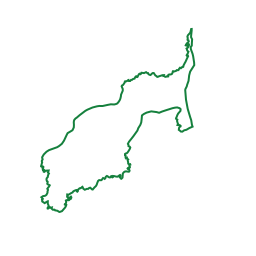 outline of District #1, Grand Bassa, Liberia, rotated 228°
{"feature_id": "62588387B32884824633153", "entity_name": "District #1", "entity_type": "district", "adm_level": 2, "iso_a3": "LBR", "parent_name": "Liberia", "parent_adm1": "Grand Bassa", "projection": "equal_earth", "projection_center": [-10.179, 6.235], "detail": "fine", "context": "isolated", "style": "outline", "palette": "green", "viewbox_px": 256, "rotation_deg": 228, "n_neighbors": 0, "source": "geoboundaries", "source_scale": "gbopen_adm2", "svg_char_len": 5853}
<svg xmlns="http://www.w3.org/2000/svg" viewBox="0 0 256 256"><g transform="rotate(228 128 128)"><path d="M159.3,241.2L157.2,238.1L156.8,234.5L156.1,233.2L154.8,232.6L154.0,231.5L153.5,231.2L152.7,231.6L151.7,231.1L151.5,230.1L151.5,228.5L151.1,226.8L150.8,226.2L149.2,227.1L149.0,227.6L149.7,228.8L149.6,229.2L149.1,229.1L148.4,228.2L147.8,226.8L147.7,225.5L147.9,225.2L147.9,224.7L147.2,224.6L146.8,224.2L145.9,223.9L145.2,223.8L144.3,224.0L143.4,222.2L142.8,220.2L142.3,220.1L141.6,220.9L141.1,220.7L140.7,219.6L139.9,217.7L138.7,215.0L138.3,213.7L137.4,211.3L136.5,210.0L136.6,209.5L137.0,209.4L137.1,208.8L137.0,207.3L137.2,207.1L137.8,207.1L138.0,207.0L137.8,205.6L137.3,204.4L137.5,203.7L137.9,203.5L138.4,202.9L138.3,201.9L139.3,199.7L139.8,199.7L140.1,199.5L139.8,198.7L139.3,198.1L138.8,197.0L139.1,195.7L140.1,194.6L140.5,193.7L140.3,193.1L140.0,193.1L139.4,192.4L139.8,191.8L140.5,191.3L140.6,190.6L141.1,189.9L142.6,189.6L143.0,189.0L143.3,189.1L143.5,189.8L144.3,188.8L144.6,188.0L145.7,185.6L146.1,184.3L146.5,183.9L147.6,183.9L148.7,183.5L151.6,183.9L152.2,183.3L152.4,182.5L152.3,180.2L153.3,179.5L154.5,179.3L155.4,179.6L155.8,179.1L157.4,178.8L158.1,176.6L158.8,176.1L159.6,175.3L160.0,175.0L159.6,174.1L159.7,173.1L159.9,173.0L160.5,173.1L160.7,172.4L160.6,171.8L160.0,170.2L159.6,169.2L159.8,168.7L160.0,168.6L160.6,168.8L160.9,168.8L161.1,168.3L160.9,167.2L160.3,165.9L161.0,164.7L161.1,163.9L161.1,163.2L161.7,162.5L161.5,161.0L162.3,160.1L162.8,160.2L163.4,160.5L163.5,160.3L163.4,159.4L164.1,157.2L164.6,157.1L164.4,156.3L163.8,155.4L163.3,153.0L163.6,152.0L163.3,151.2L162.2,150.8L160.5,150.2L159.2,149.0L157.4,145.1L156.2,143.8L154.9,141.9L154.2,140.4L153.7,138.6L153.4,136.5L153.8,135.2L154.7,133.5L157.1,131.1L158.8,128.3L161.3,123.9L163.6,121.4L164.9,119.4L167.0,115.3L168.8,110.0L169.3,107.8L169.9,100.7L170.0,96.7L170.2,95.4L170.0,93.6L169.4,92.5L168.4,91.4L166.5,89.9L164.7,88.1L164.0,86.5L163.5,85.2L164.0,82.5L164.6,79.7L164.0,78.1L161.4,71.9L160.5,68.3L160.7,64.9L161.1,62.6L164.4,54.5L164.9,51.6L164.7,47.7L163.7,44.6L162.6,43.9L161.9,43.7L161.6,43.1L161.5,42.3L160.6,41.4L160.0,41.3L158.3,38.7L158.1,38.7L158.0,38.1L157.7,37.8L157.3,38.1L156.1,38.0L156.1,38.6L156.3,38.9L156.1,39.1L155.7,39.1L155.5,38.9L155.1,38.0L154.8,37.3L153.5,37.5L153.5,37.1L153.6,36.6L153.3,36.4L153.0,36.5L152.7,36.9L152.1,36.8L151.7,36.2L151.5,36.3L151.3,36.6L151.6,37.4L151.5,38.1L151.0,38.4L150.6,39.4L149.8,40.0L149.5,40.6L149.3,40.4L149.0,39.6L148.7,39.2L148.5,38.7L148.3,38.7L147.1,38.8L146.7,37.5L146.1,36.7L146.0,36.3L145.3,35.7L145.0,33.8L144.4,33.2L144.1,32.8L142.8,32.2L142.3,32.4L141.7,32.3L140.6,30.7L140.0,30.6L139.1,31.0L138.2,31.4L137.8,31.5L137.3,30.1L137.1,28.4L136.8,27.4L136.4,27.5L135.5,27.1L134.7,25.7L133.9,25.0L133.6,24.5L132.9,22.6L133.0,21.7L133.2,20.8L133.8,19.9L134.2,19.4L134.5,17.3L132.3,17.3L132.2,16.9L132.4,16.2L132.2,16.0L131.6,15.9L130.8,15.1L127.9,15.8L127.7,17.4L127.4,18.3L127.4,19.1L127.2,19.4L126.0,18.2L125.3,17.7L123.8,17.2L122.9,16.8L122.8,16.4L122.8,16.1L122.4,14.7L122.4,14.9L122.3,14.6L121.9,14.4L121.6,14.7L121.5,15.6L121.7,16.3L121.4,16.9L121.0,16.7L120.3,17.4L119.9,18.2L119.3,17.3L117.7,17.4L117.5,17.7L117.2,17.8L116.7,18.6L116.3,18.8L115.6,18.7L113.7,20.2L112.4,20.5L111.6,20.8L111.3,21.1L110.4,23.3L111.0,28.2L111.7,30.0L112.2,30.7L112.7,30.4L113.0,29.9L113.4,29.8L113.7,30.2L113.5,30.9L113.7,31.7L114.5,32.7L115.7,33.3L115.6,33.9L114.9,34.8L114.8,35.5L114.2,35.4L113.9,35.7L113.8,36.2L114.0,37.1L113.9,37.6L113.6,38.0L114.1,39.3L114.6,39.6L115.2,39.7L115.3,37.7L115.5,36.7L115.8,36.5L116.4,36.7L116.8,37.0L117.5,36.7L117.8,36.9L117.8,37.7L118.3,38.1L118.7,37.8L119.1,38.1L119.3,38.4L118.3,39.0L118.0,40.3L117.7,42.0L117.4,43.0L117.2,43.7L117.5,44.7L117.3,46.0L116.6,47.9L116.3,48.3L116.0,48.3L115.1,47.6L114.6,47.7L114.6,48.4L115.6,49.6L115.6,51.6L115.3,52.3L115.0,52.4L114.8,53.3L114.9,54.4L114.8,54.8L112.7,54.2L111.0,54.6L110.3,56.7L109.4,57.7L109.4,59.1L108.9,60.0L106.4,60.2L105.9,60.6L106.3,63.4L106.3,65.2L106.8,66.8L107.8,68.5L108.7,70.4L108.6,71.7L107.7,72.5L107.0,73.4L107.5,76.0L106.6,76.5L105.8,76.6L105.8,77.5L106.6,78.8L106.5,80.2L105.7,80.6L104.8,80.6L103.7,81.1L103.2,81.8L103.5,83.1L103.1,83.9L102.8,83.8L102.5,83.3L102.0,83.2L101.7,83.4L101.6,83.9L101.7,84.6L102.0,85.1L101.2,85.8L100.2,86.4L99.0,87.4L98.7,88.5L98.5,90.3L98.4,90.7L98.0,90.8L97.3,90.3L97.3,89.3L97.0,88.9L96.4,89.0L95.0,88.9L94.7,89.1L94.8,90.7L97.0,93.1L97.5,93.5L97.8,94.4L97.9,95.6L97.6,96.9L97.3,97.1L96.8,97.8L95.2,99.1L94.9,99.5L94.9,99.9L95.2,100.6L96.4,101.1L97.7,100.5L98.2,100.6L98.3,101.2L97.4,102.6L97.5,103.1L97.8,103.4L98.7,103.4L99.2,103.9L99.3,104.9L99.2,105.2L99.7,105.4L100.4,104.4L101.4,104.3L102.6,105.3L103.8,105.9L104.6,106.4L104.5,107.0L106.2,107.1L106.6,107.3L106.8,106.2L107.5,106.3L109.1,107.7L109.7,107.5L110.7,108.4L110.6,109.2L110.1,110.1L110.1,111.3L110.6,113.3L111.2,115.2L111.9,116.6L112.9,116.8L114.1,116.2L115.1,117.0L116.3,117.3L117.1,119.5L118.3,126.5L119.8,133.3L121.0,135.5L122.1,139.3L123.3,141.6L125.2,143.8L128.0,146.8L127.8,149.1L127.0,152.1L124.8,156.4L120.7,159.9L118.5,161.3L117.4,164.4L115.6,168.5L113.0,174.2L111.7,176.5L110.4,178.3L108.2,179.6L106.8,179.7L105.6,178.4L105.2,175.0L104.5,173.1L103.8,171.9L103.3,170.6L102.8,169.9L101.2,170.3L100.5,169.2L98.2,168.1L97.4,167.9L97.1,166.8L96.6,167.1L96.2,167.8L95.4,168.4L94.3,168.5L94.0,168.1L94.2,167.3L94.1,166.4L93.7,165.7L92.6,164.5L91.4,164.8L90.0,164.9L88.9,166.0L88.7,168.2L87.6,170.2L86.9,173.6L85.8,176.9L87.5,177.6L91.5,180.2L94.3,181.4L102.3,185.2L110.3,190.1L117.9,195.9L118.5,196.7L119.6,199.5L120.5,200.8L122.5,204.5L126.2,208.7L128.3,211.9L130.4,219.3L132.5,221.0L137.7,224.4L139.9,225.6L142.1,226.5L144.4,227.4L145.8,228.4L146.4,229.4L146.5,230.5L148.2,232.1L151.0,235.0L153.2,235.6L154.2,236.5L157.9,240.6L159.0,241.6L159.3,241.2Z" fill="none" stroke="#15803d" stroke-width="2"/></g></svg>